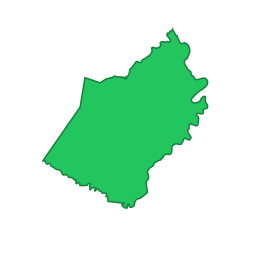 Allende, Nuevo León, Mexico, rotated 338°
{"feature_id": "50627088B85815179056295", "entity_name": "Allende", "entity_type": "district", "adm_level": 2, "iso_a3": "MEX", "parent_name": "Mexico", "parent_adm1": "Nuevo León", "projection": "robinson", "projection_center": [-100.014, 25.299], "detail": "fine", "context": "isolated", "style": "filled", "palette": "green", "viewbox_px": 256, "rotation_deg": 338, "n_neighbors": 0, "source": "geoboundaries", "source_scale": "gbopen_adm2", "svg_char_len": 5789}
<svg xmlns="http://www.w3.org/2000/svg" viewBox="0 0 256 256"><g transform="rotate(338 128 128)"><path d="M82.0,188.6L95.9,196.2L94.2,196.9L93.7,196.8L93.5,197.0L93.5,197.6L93.7,198.2L93.9,198.5L94.2,199.4L94.9,200.2L95.2,200.8L96.3,201.6L96.9,201.9L97.3,201.7L98.2,200.3L98.9,199.2L99.2,198.9L99.5,198.8L99.8,198.9L100.1,199.1L100.1,199.5L99.9,201.1L100.0,201.6L100.3,202.1L100.9,202.6L101.3,202.7L102.3,202.8L103.8,202.7L104.9,201.8L105.3,201.3L105.8,200.4L106.3,199.6L107.0,198.9L107.8,198.1L108.7,197.7L110.6,197.4L111.7,197.6L113.2,197.7L114.1,197.5L120.8,195.5L121.8,194.9L122.1,194.1L123.3,189.5L123.6,187.7L124.4,185.4L125.3,184.1L126.2,183.6L127.6,183.1L128.2,182.4L128.7,181.4L129.4,178.4L129.4,176.2L130.0,175.2L130.8,174.8L132.4,173.6L134.0,172.9L135.8,172.8L136.9,172.6L137.5,172.1L138.1,171.4L139.3,170.4L140.5,170.0L143.3,169.7L146.6,169.8L147.3,169.3L147.9,168.6L148.2,168.5L148.9,168.8L149.3,168.6L150.0,167.9L150.9,167.0L151.4,166.7L152.0,166.5L153.2,166.5L155.4,167.5L156.3,168.1L157.2,168.1L158.1,167.9L158.5,167.6L159.2,167.0L159.9,165.8L161.1,163.4L161.4,162.5L161.5,162.0L162.1,161.3L164.5,160.5L165.5,160.5L167.2,161.0L168.5,161.8L169.3,162.3L170.4,162.9L171.2,162.9L172.0,162.2L172.9,161.7L174.4,160.5L175.5,159.0L176.2,158.7L177.0,159.0L177.7,159.6L179.2,161.3L179.9,161.9L180.7,162.0L181.7,161.6L182.5,160.9L182.9,160.3L182.9,159.0L181.9,154.7L182.2,153.0L183.0,152.0L184.1,151.7L184.6,151.2L184.8,150.1L185.1,149.3L186.1,147.9L186.8,147.6L187.3,147.8L187.4,148.0L188.7,148.6L189.7,149.3L191.5,151.3L193.3,151.7L194.6,150.3L196.3,147.1L197.0,145.8L197.3,144.6L197.3,143.8L196.6,142.5L196.5,141.4L196.9,140.7L197.7,140.6L198.5,140.7L199.4,141.1L201.1,142.1L202.1,142.8L202.9,142.7L203.6,142.0L204.2,140.8L204.3,140.2L204.3,139.7L204.8,139.1L206.6,139.0L208.3,139.3L209.0,139.1L209.5,138.6L209.9,137.9L210.3,136.6L209.9,134.5L209.8,134.0L209.6,132.7L209.8,132.0L210.1,131.1L210.7,130.2L211.1,128.9L211.3,127.9L210.9,127.3L210.4,127.2L209.3,127.1L207.3,127.9L206.7,128.3L206.4,128.8L206.0,129.3L204.8,129.9L204.1,130.2L203.2,130.3L201.4,130.3L198.9,129.7L198.2,129.3L197.7,128.7L197.4,128.1L197.1,127.3L196.9,126.5L197.1,125.9L198.9,124.1L200.0,123.6L200.6,123.5L201.4,123.1L202.7,122.4L203.9,121.9L205.4,121.3L207.7,120.7L213.0,119.5L215.1,118.9L216.6,118.2L217.8,117.2L218.4,116.4L219.0,115.5L219.2,114.8L219.3,113.4L219.1,112.5L218.4,111.2L218.0,110.7L217.7,110.4L216.0,109.8L211.6,109.4L210.2,109.1L209.3,108.7L208.7,108.0L208.4,107.3L208.0,104.4L207.8,104.0L207.1,103.5L206.8,103.0L206.6,102.3L206.7,101.3L207.2,100.2L207.3,99.7L207.1,99.0L205.9,97.0L205.5,96.0L205.1,93.4L204.8,92.5L204.7,91.6L204.7,90.9L204.7,89.7L204.7,88.9L205.3,87.5L205.7,86.9L206.3,86.4L206.9,86.0L207.5,85.9L208.7,85.9L209.1,85.6L210.5,84.0L213.2,81.4L213.9,80.2L214.4,79.1L214.8,77.3L214.9,76.4L214.7,74.4L214.7,73.8L214.6,73.0L212.9,70.6L212.6,70.3L212.1,70.1L210.4,70.1L209.8,69.9L208.6,69.2L208.1,68.8L207.9,65.7L208.1,64.7L207.8,63.9L207.8,63.2L208.1,61.2L208.0,60.7L207.8,60.5L207.1,60.2L207.0,59.7L206.8,56.9L206.5,55.4L206.3,54.3L206.4,53.2L206.1,53.5L205.3,54.0L205.0,54.0L204.1,53.9L203.5,54.0L201.8,55.1L201.1,55.4L200.9,55.4L200.3,54.9L200.0,54.9L199.7,55.0L199.4,55.5L199.0,56.5L198.8,57.2L198.8,57.6L199.0,58.0L199.9,59.8L200.2,62.0L199.8,63.1L199.4,63.5L199.1,63.7L198.6,63.7L198.0,63.5L197.0,62.6L196.5,62.4L195.7,62.7L195.0,62.7L194.8,62.6L194.4,62.0L193.8,61.6L191.9,60.8L191.4,60.7L190.4,60.8L190.0,60.9L189.7,61.3L189.1,63.5L188.6,64.2L188.3,64.5L187.0,64.8L186.0,64.9L183.9,64.4L183.4,64.5L183.2,64.4L182.6,63.5L182.2,63.1L181.0,62.4L180.5,62.4L180.1,62.7L179.9,62.9L179.3,65.1L178.8,66.1L178.5,66.5L177.4,67.5L176.1,68.2L174.6,69.4L173.6,68.8L170.9,69.8L168.9,70.1L167.1,70.0L164.7,72.1L163.7,71.9L162.8,71.2L162.1,70.3L161.5,69.7L160.6,69.6L160.0,69.8L159.2,70.1L157.6,71.4L156.2,72.1L154.5,73.2L152.4,73.9L152.1,74.2L151.3,74.9L150.9,75.5L149.8,77.3L149.3,78.2L148.7,78.8L148.0,79.3L147.3,79.6L146.2,79.9L145.1,79.9L145.3,81.1L144.9,81.1L144.5,81.3L144.3,81.6L144.0,81.5L143.8,81.2L144.0,80.8L142.7,79.1L142.1,79.5L141.7,79.2L141.4,79.1L140.7,78.6L140.6,78.3L140.8,78.1L140.0,77.9L138.8,77.2L137.8,77.0L136.9,76.3L136.4,76.2L135.5,75.2L134.9,74.8L133.9,74.9L132.1,75.6L130.7,74.7L129.6,75.0L127.3,74.4L125.6,74.4L119.1,75.7L107.0,65.2L91.4,90.7L36.8,126.5L36.7,126.7L36.9,126.9L38.4,127.2L38.8,127.5L38.9,128.0L38.6,128.6L38.6,129.1L39.2,130.9L39.4,131.2L40.0,131.4L41.5,131.3L42.1,131.6L42.4,131.9L42.4,133.1L42.5,134.5L42.6,134.8L43.4,135.5L45.1,138.1L46.4,139.9L47.0,140.2L47.6,140.5L48.4,141.0L48.8,141.6L49.4,142.5L49.8,143.5L50.0,144.2L49.9,145.0L49.8,145.7L49.8,146.3L50.2,146.9L50.6,147.4L51.0,147.6L51.5,147.8L52.6,147.8L53.0,148.0L53.4,148.3L53.7,148.7L54.5,150.9L55.2,152.1L56.4,152.4L56.8,152.6L57.3,153.1L58.3,154.3L58.5,155.3L58.7,155.9L59.1,156.3L59.5,156.4L60.0,156.4L60.2,156.7L60.3,156.9L60.2,157.4L59.5,158.3L59.3,158.9L59.1,159.6L59.3,160.1L59.7,160.5L60.3,160.4L61.2,160.1L61.9,160.2L62.3,160.6L62.4,161.6L61.9,162.4L61.9,163.1L62.6,163.6L64.6,164.6L65.8,164.8L67.1,165.4L68.4,165.8L69.0,165.8L69.5,165.4L69.9,164.8L70.6,164.6L71.2,164.7L71.5,164.9L71.8,165.3L71.8,165.6L71.7,165.9L71.0,166.8L70.8,167.3L70.4,168.8L69.6,170.7L69.6,171.0L69.8,171.2L70.3,171.2L71.1,170.4L71.5,170.2L72.0,170.1L72.6,170.2L73.3,170.4L73.9,170.4L74.7,170.8L75.1,171.2L75.1,171.9L74.8,172.5L73.9,172.8L73.7,173.2L73.6,173.6L73.8,174.0L74.0,174.1L74.5,173.7L75.0,173.7L75.7,173.2L76.6,172.7L77.0,172.8L77.2,173.0L77.5,173.5L77.7,174.1L77.7,174.6L77.8,175.3L77.8,175.5L79.4,176.6L79.6,176.8L79.5,178.4L79.7,178.7L80.5,179.0L82.5,179.9L83.4,180.4L83.6,180.9L83.6,181.2L83.4,181.5L82.6,182.4L82.0,183.1L81.9,183.3L82.0,183.5L82.3,183.6L82.6,183.7L83.1,183.9L83.2,184.1L83.3,184.3L83.3,184.9L82.0,188.6Z" fill="#22c55e" stroke="#15803d" stroke-width="1.5"/></g></svg>